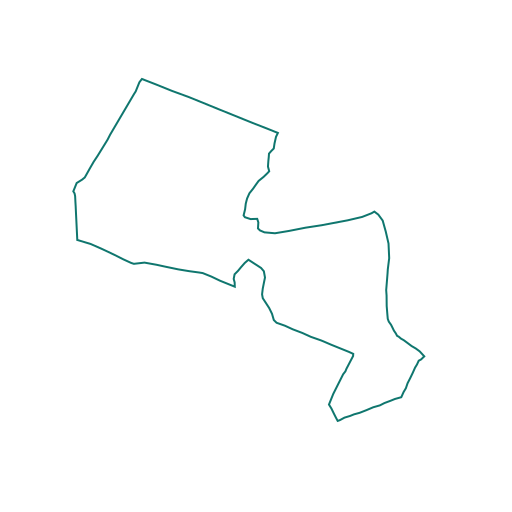 outline of Al-Qurna, Al-Basrah, Iraq, rotated 292°
{"feature_id": "34846034B80013069152420", "entity_name": "Al-Qurna", "entity_type": "district", "adm_level": 2, "iso_a3": "IRQ", "parent_name": "Iraq", "parent_adm1": "Al-Basrah", "projection": "natural_earth1", "projection_center": [47.414, 30.944], "detail": "fine", "context": "isolated", "style": "outline", "palette": "teal", "viewbox_px": 512, "rotation_deg": 292, "n_neighbors": 0, "source": "geoboundaries", "source_scale": "gbopen_adm2", "svg_char_len": 2286}
<svg xmlns="http://www.w3.org/2000/svg" viewBox="0 0 512 512"><g transform="rotate(292 256 256)"><path d="M341.5,349.1L338.9,347.1L332.0,339.8L323.4,327.6L309.1,305.3L300.8,291.3L291.6,277.2L284.2,265.1L281.1,255.0L281.2,250.1L282.3,247.5L288.0,245.6L290.9,243.2L289.4,239.8L288.2,237.2L287.8,231.2L289.0,229.3L295.2,228.4L300.7,226.9L303.6,226.5L306.0,226.2L311.7,226.4L317.4,228.1L322.6,229.3L326.6,230.3L332.2,233.4L336.9,235.5L339.5,236.5L343.4,233.6L348.6,231.9L352.4,230.8L355.8,229.7L359.0,230.8L362.3,232.2L367.3,231.0L374.0,229.9L378.3,230.2L378.3,221.1L378.1,203.4L378.1,194.3L378.1,167.5L378.2,134.3L377.6,116.1L377.6,98.9L377.4,83.9L373.4,82.8L363.5,82.8L360.9,82.3L313.9,75.3L308.2,74.8L289.4,71.6L282.6,70.2L274.7,69.1L268.3,68.3L264.6,67.8L263.4,67.1L261.7,66.2L258.0,63.5L256.5,62.4L254.0,62.4L250.8,62.4L249.4,62.4L247.5,62.4L246.1,64.3L243.7,65.9L238.5,68.3L234.5,70.2L228.6,72.9L203.9,84.3L204.0,85.0L205.2,98.2L204.8,111.1L204.0,124.7L203.2,134.3L202.8,142.9L203.0,145.7L208.1,155.1L210.6,167.0L212.2,176.3L214.5,189.0L216.9,199.7L219.4,209.5L220.2,213.0L220.2,222.4L219.6,232.0L219.6,239.2L219.6,247.2L219.6,247.8L223.5,246.1L226.4,243.9L231.0,243.0L235.5,244.9L240.0,246.3L241.4,246.8L245.4,248.2L249.7,250.4L248.2,258.0L247.8,260.2L246.8,265.2L244.8,269.0L239.4,272.4L234.5,273.3L228.2,274.5L222.7,276.0L219.4,278.1L212.7,287.7L208.4,292.5L203.3,296.5L201.8,300.1L202.2,308.9L201.8,317.5L202.0,327.8L201.6,337.1L202.1,347.7L202.1,350.3L201.9,358.9L201.9,369.4L201.9,378.0L201.7,382.8L199.6,383.5L192.5,382.8L185.3,382.1L182.5,382.1L179.0,381.1L157.1,379.3L145.6,379.3L142.8,383.1L139.1,387.2L136.3,390.4L133.7,393.5L135.4,395.4L139.3,398.6L142.9,403.1L145.9,406.2L149.4,410.8L154.5,416.2L159.7,421.4L163.9,426.8L167.8,430.2L172.2,435.0L175.5,438.4L179.5,443.6L185.1,443.8L189.6,444.5L194.8,444.2L200.2,444.7L206.3,445.1L212.1,445.3L215.7,445.9L219.9,446.1L221.9,447.8L226.0,449.6L228.9,443.5L230.1,438.8L230.8,434.0L232.0,429.5L233.3,424.5L233.7,421.4L234.7,418.4L234.8,416.8L236.7,414.5L238.5,411.8L240.5,409.6L242.8,407.0L244.9,403.7L247.1,401.7L251.4,399.5L258.6,395.9L268.2,391.9L273.1,389.5L284.3,386.0L289.4,384.4L293.0,383.2L303.9,380.3L317.2,374.2L327.2,367.2L336.3,360.2L340.2,353.9L341.5,349.1Z" fill="none" stroke="#0f766e" stroke-width="2"/></g></svg>